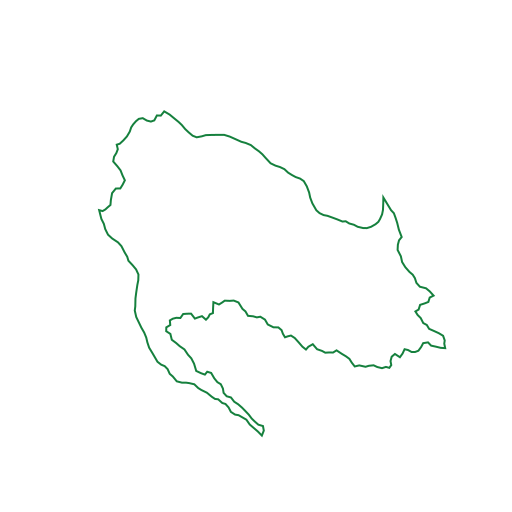 Maragogipe, Bahia, Brazil (Equal Earth projection), rotated 328°
{"feature_id": "56859067B10355706610278", "entity_name": "Maragogipe", "entity_type": "district", "adm_level": 2, "iso_a3": "BRA", "parent_name": "Brazil", "parent_adm1": "Bahia", "projection": "equal_earth", "projection_center": [-38.951, -12.825], "detail": "fine", "context": "isolated", "style": "outline", "palette": "green", "viewbox_px": 512, "rotation_deg": 328, "n_neighbors": 0, "source": "geoboundaries", "source_scale": "gbopen_adm2", "svg_char_len": 3708}
<svg xmlns="http://www.w3.org/2000/svg" viewBox="0 0 512 512"><g transform="rotate(328 256 256)"><path d="M254.8,84.7L249.7,86.5L246.4,84.3L241.6,87.1L238.1,86.3L235.2,83.3L233.0,79.1L229.3,77.6L225.6,78.1L221.6,79.3L218.3,80.8L214.9,83.6L209.9,86.2L204.7,87.7L199.9,88.6L196.9,87.8L195.4,92.2L192.1,94.7L188.2,96.6L185.0,100.2L186.0,106.5L186.5,111.6L185.5,117.0L184.9,122.3L180.6,124.9L176.7,126.8L172.9,124.5L167.3,126.4L162.6,131.6L159.6,135.6L156.1,136.1L152.9,136.7L149.7,136.6L147.3,134.0L145.7,138.9L144.5,142.7L144.0,148.1L142.4,153.3L141.8,159.5L143.3,164.9L146.2,171.3L147.1,176.3L146.5,183.4L146.4,188.4L145.3,192.4L146.5,198.6L147.2,203.8L146.5,209.4L143.3,214.2L140.1,217.6L137.7,220.4L134.9,223.7L131.3,228.1L126.9,234.8L124.3,238.0L122.1,244.3L120.8,256.1L120.6,261.7L119.7,267.0L118.1,271.7L116.8,277.1L116.7,283.8L116.4,293.5L118.0,297.9L120.2,301.0L121.1,305.1L120.4,310.2L121.6,314.1L122.4,320.3L126.0,324.1L129.5,326.3L132.0,328.4L135.7,332.1L137.0,337.3L138.6,340.6L141.9,345.9L143.9,351.9L145.5,355.5L148.0,357.5L149.5,362.8L151.7,365.3L152.5,369.9L152.1,374.9L154.2,379.4L156.9,381.8L158.7,385.2L161.1,389.7L161.4,395.6L162.8,400.1L164.6,405.9L165.8,411.4L170.1,408.2L171.8,403.9L168.6,400.3L167.2,395.6L166.2,391.5L165.8,386.7L164.8,381.8L163.8,377.2L162.3,372.3L160.3,368.0L159.8,362.7L156.8,359.4L156.0,354.9L157.7,350.9L158.2,346.1L156.4,342.5L155.8,337.7L156.0,331.4L153.3,328.3L149.8,329.5L147.3,326.3L144.4,321.8L146.4,314.5L146.9,308.5L146.0,303.7L145.8,297.3L143.5,292.0L142.2,287.6L140.2,282.4L142.1,276.7L140.0,272.2L142.1,269.0L146.7,269.1L148.8,265.0L152.3,265.1L155.7,266.2L159.0,268.5L163.5,266.6L167.1,268.5L170.4,270.5L171.0,276.7L174.0,277.3L178.3,278.4L179.8,283.5L183.0,282.7L185.9,281.0L189.2,281.6L192.1,277.3L195.4,272.6L198.9,277.5L202.8,277.5L205.8,277.3L209.9,280.1L213.5,282.0L216.5,286.1L216.5,293.7L217.7,297.4L217.5,302.5L221.6,305.6L224.2,308.5L227.5,309.8L229.9,314.7L229.7,320.3L233.0,325.7L237.1,328.4L238.4,332.4L237.6,336.2L237.5,340.3L240.5,341.0L243.5,342.0L245.4,346.1L246.4,351.7L247.3,357.5L248.8,361.8L252.3,360.7L257.4,360.9L258.4,367.4L261.7,371.5L263.5,374.7L267.0,376.6L270.2,378.7L274.3,378.7L276.9,384.4L279.1,388.7L280.7,392.7L280.7,397.2L281.2,402.0L285.6,403.5L290.2,408.0L293.5,408.9L297.8,411.0L300.0,414.4L303.4,417.9L307.4,418.9L309.8,421.5L312.9,420.2L314.4,416.4L317.7,413.3L321.9,412.7L324.4,418.1L328.6,416.4L332.6,413.8L335.1,416.3L337.1,419.9L340.0,421.7L343.5,422.4L347.8,420.7L351.6,418.5L356.1,420.4L357.0,424.8L360.4,428.1L363.9,431.7L367.6,434.4L369.2,430.1L371.3,427.6L372.4,422.8L370.1,418.3L367.4,414.2L364.2,409.5L364.3,405.0L362.3,401.5L362.8,395.9L361.8,391.6L361.8,387.5L365.5,387.6L369.3,384.4L374.0,385.6L377.8,386.3L381.3,383.3L385.6,383.7L384.6,378.1L383.1,373.5L378.7,368.9L377.8,363.8L379.0,359.0L379.0,354.9L377.7,350.8L376.7,344.6L376.7,338.6L378.7,333.0L379.3,325.9L382.3,321.6L385.6,318.5L389.6,317.1L391.1,309.4L393.3,302.7L394.6,297.5L395.6,292.8L394.8,288.7L395.0,273.9L392.2,278.2L388.1,284.2L385.0,287.5L380.7,290.4L377.8,291.9L374.2,292.4L369.0,292.2L364.8,291.1L361.7,289.1L357.7,285.1L355.6,281.4L352.3,277.8L350.5,274.1L347.6,272.6L344.3,268.0L340.9,263.6L337.9,259.8L335.0,257.1L332.6,253.3L331.4,249.2L331.7,241.2L332.9,235.2L334.7,230.3L336.0,223.8L336.2,217.8L334.4,213.7L331.5,210.1L329.4,206.4L327.4,202.3L326.1,197.4L323.5,193.3L320.4,189.7L317.5,185.1L316.1,177.8L315.3,173.1L314.0,168.8L312.0,164.0L310.4,159.2L307.1,154.6L304.1,151.4L300.9,146.6L297.0,140.8L293.2,136.4L287.6,132.9L281.8,129.4L277.5,126.9L273.5,125.8L268.6,123.9L266.0,120.4L264.4,115.4L263.2,110.8L262.5,105.6L261.4,101.3L259.8,96.6L257.7,90.3L254.8,84.7Z" fill="none" stroke="#15803d" stroke-width="2"/></g></svg>